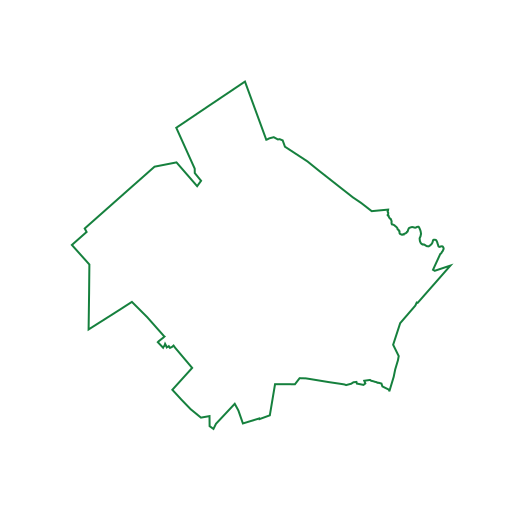 the district of Rayón, Sonora, Mexico, rotated 252°
{"feature_id": "50627088B16276532875787", "entity_name": "Rayón", "entity_type": "district", "adm_level": 2, "iso_a3": "MEX", "parent_name": "Mexico", "parent_adm1": "Sonora", "projection": "robinson", "projection_center": [-110.577, 29.75], "detail": "fine", "context": "isolated", "style": "outline", "palette": "green", "viewbox_px": 512, "rotation_deg": 252, "n_neighbors": 0, "source": "geoboundaries", "source_scale": "gbopen_adm2", "svg_char_len": 3960}
<svg xmlns="http://www.w3.org/2000/svg" viewBox="0 0 512 512"><g transform="rotate(252 256 256)"><path d="M323.4,84.3L299.4,94.9L272.0,85.7L237.9,74.1L245.6,104.3L250.7,123.8L231.1,133.8L230.8,133.9L207.8,143.9L207.7,144.0L207.0,142.6L206.4,140.9L205.0,137.1L204.4,136.0L197.5,139.3L197.7,139.5L198.2,139.8L198.8,141.1L200.5,142.4L198.2,142.8L197.8,142.8L196.7,142.9L196.9,143.4L196.8,144.2L197.2,145.2L195.2,145.8L195.5,148.1L196.3,149.9L193.8,150.7L169.3,160.7L154.6,135.1L142.6,140.6L130.5,146.5L119.3,153.7L118.1,162.3L108.5,159.3L104.7,162.1L108.8,166.1L122.0,190.1L116.2,191.2L114.5,191.5L100.8,191.8L100.5,208.9L99.8,208.9L100.2,219.9L106.9,223.4L128.2,234.5L122.0,253.4L126.3,259.7L124.3,265.4L122.7,268.6L113.6,286.2L108.0,297.5L106.5,300.4L105.4,301.8L105.1,307.1L105.8,309.6L105.2,312.6L103.5,312.5L100.2,318.4L101.0,320.6L103.9,320.4L102.9,326.1L102.5,326.5L102.1,326.7L101.6,327.1L101.3,327.8L100.9,328.4L100.4,329.2L99.8,329.9L99.1,331.1L98.6,331.9L98.1,332.1L97.8,332.5L97.7,333.0L97.2,333.8L97.3,333.9L95.9,335.9L92.9,335.9L88.0,340.9L87.4,341.1L87.0,341.1L86.8,341.1L86.7,341.4L98.5,349.6L105.2,353.4L113.0,358.8L116.7,360.8L129.2,359.0L147.6,372.4L159.6,392.2L162.1,394.5L161.5,395.3L186.8,437.9L186.8,434.6L186.8,434.0L186.7,421.4L188.2,420.1L201.0,431.9L201.2,432.7L201.6,433.3L202.4,434.1L203.1,435.2L203.7,435.6L204.2,436.2L204.8,436.6L205.3,436.8L205.6,436.8L205.8,436.8L206.1,436.8L206.3,436.7L206.5,436.7L207.0,436.6L207.3,436.5L207.7,436.0L207.7,435.9L208.0,434.9L207.9,433.9L207.9,433.6L208.0,433.2L208.3,432.9L208.7,432.6L208.9,432.6L209.2,432.5L210.6,432.6L211.5,432.5L212.8,432.6L213.9,432.5L214.7,432.4L215.4,432.2L215.9,431.7L216.1,431.2L216.3,430.8L216.5,430.3L216.5,429.7L216.1,429.1L215.8,429.0L215.2,428.6L214.1,427.8L213.8,427.5L213.3,426.9L212.8,426.1L212.6,425.5L212.2,424.7L211.8,423.2L212.5,421.6L213.0,421.1L213.9,420.3L214.0,420.3L215.0,419.4L215.2,418.7L215.3,418.6L215.2,418.5L215.3,418.2L215.6,417.8L216.5,417.1L217.5,416.7L218.3,416.6L219.3,416.5L220.1,416.6L222.0,417.0L222.3,417.1L223.0,417.7L223.6,418.3L224.3,418.8L225.3,419.3L226.0,419.8L226.7,419.9L227.3,420.0L228.0,420.1L228.9,420.2L230.2,420.2L231.4,420.1L232.3,420.0L233.0,419.9L233.6,419.6L233.7,419.3L233.8,418.8L233.9,418.1L233.8,417.5L233.6,416.7L233.8,416.0L234.1,415.4L234.6,414.7L235.1,413.9L235.3,413.3L235.4,412.7L235.4,411.9L235.4,411.2L235.3,410.5L235.2,410.0L234.6,409.4L233.5,408.5L232.4,407.7L232.3,407.0L231.8,406.6L231.7,406.2L231.4,405.6L231.3,404.9L231.3,404.2L231.2,403.8L231.2,403.3L231.0,403.2L230.8,403.1L230.9,402.8L231.1,402.3L231.3,401.4L231.2,401.3L231.4,401.1L232.3,400.0L232.7,399.8L232.8,399.7L233.2,399.6L233.4,399.6L233.9,399.7L235.2,400.1L235.4,400.1L235.8,399.7L236.4,399.8L236.6,399.7L236.9,399.4L237.4,399.0L237.8,398.9L238.4,399.1L239.2,398.9L240.4,398.4L241.5,397.6L242.2,397.3L242.9,396.7L243.6,395.9L243.9,395.3L244.0,395.1L244.3,395.0L245.0,395.0L245.6,395.1L246.1,395.3L246.4,395.4L246.7,395.5L246.8,395.6L247.2,395.7L247.4,395.7L247.7,395.7L247.9,395.7L248.1,395.7L248.4,395.7L248.7,395.6L249.0,395.6L249.4,395.6L249.5,395.6L249.6,395.4L249.8,395.2L250.0,395.2L250.6,394.9L250.9,394.7L251.2,394.6L251.5,394.6L251.8,394.5L252.2,394.5L252.5,394.4L252.9,394.4L253.1,394.4L253.3,394.4L253.5,394.5L253.6,394.4L253.7,394.1L253.8,393.9L254.0,393.8L254.3,393.9L254.3,394.0L254.6,394.3L254.9,394.5L255.6,394.9L256.0,395.0L256.3,395.1L256.5,395.1L256.8,395.0L257.0,395.0L257.1,394.9L257.3,394.9L257.5,394.9L257.7,395.0L257.8,395.0L258.0,395.2L258.2,395.4L258.4,395.6L258.6,395.7L258.8,395.8L259.1,395.9L259.3,396.0L262.9,379.9L273.8,372.5L281.9,366.2L317.1,342.6L326.3,336.6L330.0,334.2L351.0,317.3L357.7,317.1L359.8,314.6L360.1,312.8L363.5,309.6L363.8,305.0L363.6,303.9L363.4,302.8L363.4,301.7L425.3,299.4L413.7,258.6L402.6,219.8L358.0,224.7L353.8,223.4L344.5,227.0L340.6,221.6L369.6,209.3L372.3,187.1L359.5,157.6L358.2,154.6L335.1,101.6L331.2,102.3L323.4,84.3Z" fill="none" stroke="#15803d" stroke-width="2"/></g></svg>